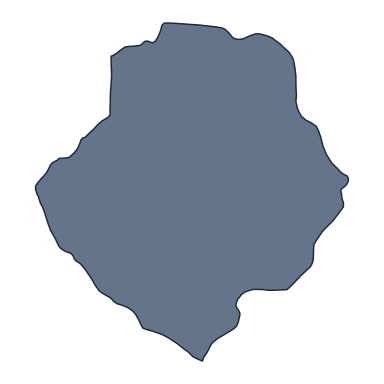 outline of Zadiè, Ogooué-Ivindo, Gabon
{"feature_id": "22940354B86386728493807", "entity_name": "Zadiè", "entity_type": "district", "adm_level": 2, "iso_a3": "GAB", "parent_name": "Gabon", "parent_adm1": "Ogooué-Ivindo", "projection": "natural_earth1", "projection_center": [13.91, 0.867], "detail": "fine", "context": "isolated", "style": "filled", "palette": "slate", "viewbox_px": 384, "rotation_deg": 0, "n_neighbors": 0, "source": "geoboundaries", "source_scale": "gbopen_adm2", "svg_char_len": 2602}
<svg xmlns="http://www.w3.org/2000/svg" viewBox="0 0 384 384"><path d="M202.4,361.0L203.8,357.2L206.6,353.1L208.5,349.8L210.7,345.2L212.9,342.3L217.3,338.7L222.7,335.5L229.8,331.2L234.0,328.6L236.6,326.0L238.2,322.2L239.7,316.0L239.9,313.2L238.7,310.7L237.0,308.0L235.9,305.5L236.3,302.6L238.0,299.0L241.6,294.4L245.0,292.0L250.8,290.0L253.4,289.4L258.4,289.4L263.6,289.6L268.2,290.3L276.5,290.1L287.0,289.6L289.2,287.7L295.1,281.8L300.6,275.8L305.0,271.8L310.3,266.9L311.8,264.1L312.9,261.2L313.4,256.8L313.5,251.9L313.6,248.2L314.0,244.2L316.0,240.9L318.2,237.6L321.7,232.5L324.4,229.3L328.5,225.3L333.1,220.6L338.8,213.2L341.2,209.8L343.4,206.9L343.5,203.3L342.5,200.1L341.6,196.9L341.7,194.7L341.1,192.4L340.6,190.7L341.9,188.5L343.8,187.2L345.9,185.3L347.5,183.1L348.4,180.5L348.1,177.7L346.9,175.8L344.7,174.8L341.2,172.7L337.5,168.6L331.8,163.1L326.3,154.3L323.0,146.1L320.7,137.1L318.6,131.1L316.3,126.4L313.2,124.2L310.2,122.3L306.1,120.3L301.3,116.3L297.6,109.1L295.9,101.6L296.4,95.7L295.9,85.0L295.9,76.4L295.0,68.6L293.8,61.5L292.6,57.7L290.5,54.5L289.2,52.5L286.0,49.5L283.2,47.0L280.5,44.2L275.4,40.5L272.4,38.1L267.2,35.9L263.8,34.9L259.4,33.9L255.6,33.9L252.9,34.7L250.0,35.7L246.4,37.4L242.8,38.9L239.8,39.4L237.2,39.3L234.3,38.6L232.1,37.0L230.4,34.8L228.0,32.0L224.9,29.2L221.7,27.9L215.9,26.9L199.9,25.1L178.2,23.5L167.4,23.0L164.2,23.1L162.3,24.8L161.3,27.7L160.7,30.3L159.1,34.5L157.3,38.1L155.2,41.4L152.8,42.7L150.5,42.3L149.1,41.5L147.2,41.1L145.2,41.3L143.4,42.5L141.3,44.7L139.4,45.5L134.8,46.1L129.3,46.4L125.1,47.0L122.3,49.0L119.7,50.8L117.0,52.9L114.1,54.9L111.1,56.3L111.2,65.0L111.6,75.0L111.1,84.9L110.5,91.2L110.3,98.6L110.2,105.0L110.0,109.7L110.2,114.3L108.3,117.3L105.0,119.1L101.3,121.5L97.7,124.7L93.5,129.4L90.4,132.1L87.7,134.7L85.1,137.3L82.2,138.3L80.8,140.3L80.2,142.4L78.4,146.8L76.5,150.2L73.5,153.5L69.3,157.3L64.8,158.2L59.8,158.3L57.9,159.3L57.3,160.3L55.0,161.3L51.9,163.2L50.4,165.2L48.5,169.1L46.5,172.7L44.2,175.5L40.9,179.0L37.5,183.1L35.6,186.1L35.6,189.4L36.9,193.9L38.4,196.5L40.4,203.3L42.1,206.1L44.3,211.7L45.8,216.5L48.3,224.2L50.5,230.2L55.1,238.4L58.8,246.0L60.9,248.6L65.1,251.3L68.4,252.4L71.1,253.5L73.4,256.4L74.4,259.2L76.4,261.3L78.7,262.6L81.0,264.3L85.7,270.1L92.8,280.8L94.5,284.1L99.2,290.9L102.7,293.4L106.2,295.4L110.5,297.9L113.9,301.5L116.9,303.6L121.0,304.9L125.4,306.5L129.6,308.7L132.7,311.0L135.4,314.0L138.4,319.2L141.0,324.8L142.9,328.1L146.5,329.5L152.9,331.3L162.0,334.4L169.0,338.2L176.7,343.2L184.2,349.1L189.1,352.7L192.6,356.5L197.9,359.2L202.4,361.0Z" fill="#64748b" stroke="#1e293b" stroke-width="1.5"/></svg>